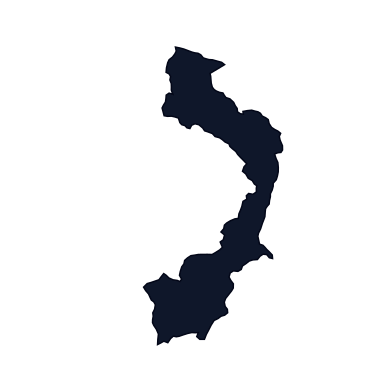 outline of Santo André, São Paulo, Brazil, rotated 240°
{"feature_id": "56859067B67928479043835", "entity_name": "Santo André", "entity_type": "district", "adm_level": 2, "iso_a3": "BRA", "parent_name": "Brazil", "parent_adm1": "São Paulo", "projection": "orthographic", "projection_center": [-46.438, -23.712], "detail": "fine", "context": "isolated", "style": "filled", "palette": "ink", "viewbox_px": 384, "rotation_deg": 240, "n_neighbors": 0, "source": "geoboundaries", "source_scale": "gbopen_adm2", "svg_char_len": 3141}
<svg xmlns="http://www.w3.org/2000/svg" viewBox="0 0 384 384"><g transform="rotate(240 192 192)"><path d="M286.0,283.9L289.5,282.5L292.7,279.3L296.2,275.9L298.2,272.9L300.4,270.7L302.5,268.8L306.4,268.2L309.1,266.6L311.1,264.0L313.3,261.8L316.5,259.2L319.9,256.4L322.8,253.5L325.8,250.1L321.9,248.8L320.2,246.3L318.6,242.6L318.0,238.3L316.1,235.6L312.3,232.0L308.6,229.4L305.8,231.2L302.7,231.2L300.1,228.9L296.3,228.3L293.1,226.6L290.5,225.0L286.2,224.3L289.1,221.6L288.8,218.1L286.0,216.2L283.2,214.0L281.4,210.6L279.7,208.1L276.0,207.1L272.0,206.0L269.8,208.6L267.9,212.2L265.4,214.9L262.8,217.2L258.1,216.2L255.4,216.8L253.0,219.1L250.1,219.7L248.0,221.9L250.0,225.1L249.6,228.7L246.8,231.6L242.1,233.3L238.7,233.5L236.4,235.6L232.4,238.9L228.5,239.7L225.2,243.0L222.3,244.4L218.8,245.6L215.2,248.1L212.5,247.6L209.0,248.7L205.2,250.2L201.6,250.4L197.7,251.3L193.2,252.5L189.0,253.5L187.9,249.8L184.7,246.1L180.8,247.6L175.7,247.6L171.8,249.9L167.7,250.0L165.1,251.2L163.0,249.5L159.9,247.8L159.5,243.7L162.4,240.3L161.6,237.2L158.4,235.9L158.4,231.5L154.5,227.9L152.0,224.9L149.7,221.8L146.0,218.9L147.3,215.7L147.9,210.9L147.8,206.5L147.1,203.5L144.3,201.1L142.9,197.1L138.5,198.7L135.0,195.2L134.6,191.4L128.9,190.7L128.0,187.0L127.8,182.1L127.8,178.2L130.2,174.3L132.8,169.7L134.7,166.3L135.9,163.0L137.4,159.2L137.2,155.2L136.4,151.4L133.8,149.1L132.3,145.7L129.1,142.2L126.1,139.5L121.7,139.4L120.5,136.8L122.8,135.0L125.4,131.7L129.1,129.0L132.8,128.0L135.5,126.7L133.8,122.4L132.5,119.5L134.1,111.4L135.1,107.4L133.8,102.5L129.7,102.6L125.4,103.4L121.6,103.0L118.7,102.8L116.0,104.0L112.7,103.9L109.2,101.0L106.9,97.6L103.8,96.3L101.2,94.1L98.6,92.5L95.6,92.2L90.9,92.5L85.8,91.9L81.4,88.7L77.1,85.9L76.9,89.5L76.9,93.0L73.6,95.7L75.8,100.2L76.5,103.8L74.5,106.0L73.5,108.7L72.7,112.9L71.7,117.4L70.4,121.5L68.4,124.6L67.1,127.2L64.4,123.8L60.5,125.1L58.2,129.1L61.5,133.2L64.0,137.2L67.2,142.1L69.7,146.9L69.4,151.3L69.9,155.1L69.0,158.7L69.6,162.5L72.8,164.0L76.3,163.5L80.5,164.9L83.0,167.9L84.8,172.4L86.6,176.9L88.2,179.7L91.8,181.9L96.0,181.4L99.8,181.5L102.8,184.6L103.0,188.4L100.3,192.1L100.3,195.9L102.7,198.7L103.0,202.9L103.6,207.0L102.8,210.7L100.8,214.9L102.4,218.9L102.6,222.4L100.5,225.4L96.4,226.1L94.1,228.5L97.3,230.0L101.9,228.9L104.9,228.0L107.7,227.5L110.4,226.8L113.1,224.4L117.7,225.9L120.8,226.9L123.1,229.0L125.8,233.0L129.8,237.4L131.7,239.8L134.2,242.8L137.8,245.2L140.7,247.3L142.0,249.9L143.0,252.8L145.8,254.8L148.7,257.5L151.3,259.0L153.6,262.4L156.4,265.2L159.0,266.7L160.5,271.1L163.2,274.0L166.3,276.7L169.9,278.9L174.6,281.1L178.8,281.5L183.6,282.5L183.1,285.9L181.8,288.8L183.1,291.4L186.9,293.5L190.4,293.9L193.2,294.3L196.5,295.4L198.5,298.1L201.9,296.8L204.6,295.0L208.2,293.2L212.7,293.0L216.6,294.2L219.5,292.9L222.6,290.8L226.0,290.6L228.5,289.2L230.5,287.0L233.0,284.6L234.8,280.6L236.3,276.4L233.7,275.4L235.6,273.0L238.7,271.5L241.8,272.9L245.1,272.6L248.8,272.9L253.7,271.4L256.8,268.6L259.5,268.3L262.3,268.3L264.5,265.7L267.2,263.6L269.6,262.4L272.6,262.0L276.7,263.1L280.3,264.8L283.0,266.1L285.7,266.9L286.0,283.9Z" fill="#0f172a" stroke="#020617" stroke-width="1.5"/></g></svg>